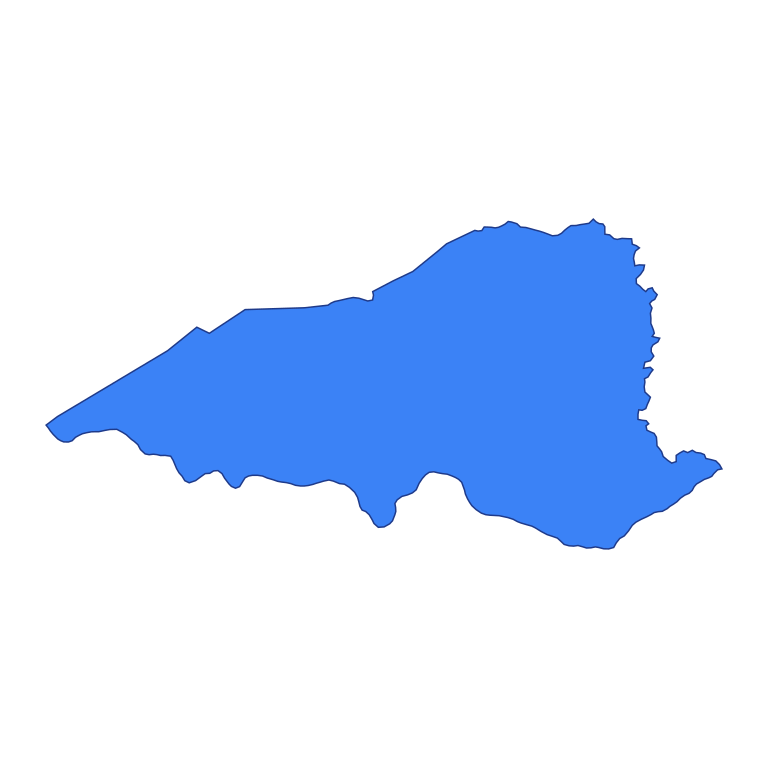 the district of Rafael Jambeiro, Bahia, Brazil
{"feature_id": "56859067B89791496420122", "entity_name": "Rafael Jambeiro", "entity_type": "district", "adm_level": 2, "iso_a3": "BRA", "parent_name": "Brazil", "parent_adm1": "Bahia", "projection": "mercator", "projection_center": [-39.536, -12.474], "detail": "fine", "context": "isolated", "style": "filled", "palette": "blue", "viewbox_px": 768, "rotation_deg": 0, "n_neighbors": 0, "source": "geoboundaries", "source_scale": "gbopen_adm2", "svg_char_len": 4039}
<svg xmlns="http://www.w3.org/2000/svg" viewBox="0 0 768 768"><path d="M721.9,468.9L719.5,464.6L715.8,460.9L710.9,459.6L705.9,458.5L704.3,454.6L700.7,453.1L696.0,452.5L692.3,450.3L687.7,452.6L683.6,450.9L679.9,452.9L676.2,455.4L676.2,461.6L671.7,463.1L667.8,460.4L663.2,456.5L661.6,451.7L659.5,448.8L657.0,445.8L656.8,441.9L656.4,437.1L654.1,433.4L650.7,432.0L646.9,430.2L646.0,425.8L648.7,423.8L646.2,420.7L642.4,420.3L638.0,419.4L638.0,414.2L638.8,409.8L642.1,410.3L645.8,408.6L647.4,404.3L648.8,401.3L650.4,397.2L644.9,392.0L644.2,386.8L644.9,382.1L644.5,378.7L648.0,377.0L650.8,372.5L653.0,369.8L650.3,367.3L643.5,368.3L644.9,362.2L650.4,360.7L653.8,356.1L651.2,351.8L651.3,347.8L653.0,344.9L657.9,341.8L659.7,338.2L655.4,337.3L652.2,336.4L654.3,333.3L653.4,329.9L652.1,326.5L650.8,323.4L650.9,318.2L650.4,313.2L652.0,308.0L649.6,303.6L651.8,301.0L654.7,299.4L657.2,294.7L653.8,291.1L652.2,287.8L648.1,288.9L645.8,291.6L642.8,289.3L639.9,286.2L636.4,283.6L636.2,278.6L640.5,274.4L643.5,270.0L644.5,265.1L639.3,264.9L634.8,265.8L634.3,262.2L633.5,258.5L634.1,254.7L635.5,251.0L639.4,247.9L636.4,245.7L632.3,244.2L631.6,238.8L627.9,238.7L622.0,238.4L617.3,239.4L613.9,238.7L609.7,234.9L604.9,234.2L604.8,230.4L604.8,226.7L602.9,224.0L599.1,223.6L596.0,221.8L593.3,219.1L589.0,223.3L584.7,224.0L580.5,224.6L576.2,225.5L571.0,225.6L568.1,227.5L564.7,230.2L561.5,233.3L557.8,235.3L552.4,235.8L547.7,234.0L543.4,232.4L539.3,231.1L535.0,230.0L531.1,228.9L525.9,227.5L520.5,227.1L516.9,223.7L511.4,222.0L508.2,221.5L505.1,224.1L501.5,226.0L498.5,227.3L495.1,227.9L491.6,227.3L487.6,227.1L484.2,227.0L481.8,230.6L478.1,231.1L474.8,230.4L446.6,243.8L437.7,251.3L412.8,271.5L393.1,280.9L372.7,291.6L373.5,295.2L372.6,300.0L367.8,301.0L363.4,299.6L358.9,298.2L353.2,297.5L347.5,298.6L342.4,299.8L338.5,300.7L334.6,301.5L331.0,303.1L328.0,305.2L304.2,307.8L245.1,309.6L209.3,333.3L196.8,327.2L167.6,350.7L57.4,416.6L46.1,425.1L48.4,428.0L50.4,431.0L53.2,434.4L57.8,439.0L60.7,440.7L63.7,441.9L68.4,442.0L72.2,440.7L75.5,437.3L79.1,435.3L82.5,433.7L86.6,432.7L91.5,431.8L95.5,431.7L98.8,431.7L105.4,430.3L109.9,429.5L116.8,429.3L122.6,432.4L126.3,434.7L131.3,439.3L134.1,441.3L137.9,444.7L140.5,449.6L145.1,453.9L149.1,454.7L153.3,454.2L156.9,454.6L160.6,455.5L165.1,455.4L170.7,456.2L173.1,460.2L176.6,468.6L179.1,472.9L182.1,476.2L184.8,480.7L189.2,482.8L195.6,480.6L201.3,476.4L205.2,473.6L209.8,473.3L213.6,470.9L218.0,470.6L222.0,473.6L224.6,478.2L229.0,484.0L231.4,486.4L235.5,488.2L239.6,486.6L243.0,481.1L245.1,477.8L248.6,476.0L252.4,475.3L257.5,475.3L262.5,476.0L267.2,478.0L273.3,479.8L277.6,481.3L281.3,482.0L286.3,482.6L290.8,483.6L295.5,485.3L300.6,486.0L304.1,486.0L308.2,485.5L312.9,484.4L316.1,483.3L319.7,482.3L323.7,481.1L328.9,480.0L333.4,481.1L339.5,483.6L344.5,484.2L349.5,487.4L354.7,492.3L357.6,497.4L358.8,501.7L360.0,506.5L362.1,510.1L365.7,511.5L369.2,514.7L372.2,519.8L374.0,523.5L378.3,527.3L384.1,526.9L389.7,523.8L392.5,520.8L394.8,514.9L395.8,511.5L395.6,507.4L394.9,503.5L397.2,499.8L401.9,496.4L407.5,494.9L412.4,492.9L416.2,489.8L419.1,483.3L422.3,478.5L425.5,474.9L429.2,472.3L433.8,471.8L438.0,472.8L442.3,473.6L447.3,474.2L452.1,476.0L455.5,477.5L458.6,479.3L461.7,482.3L464.5,490.0L465.4,494.0L467.6,498.9L469.7,502.5L471.9,505.7L476.1,509.6L481.3,513.1L485.8,514.7L489.8,515.2L495.3,515.5L499.2,515.7L504.3,516.8L508.0,517.6L513.2,519.3L517.4,521.6L521.0,523.0L527.1,524.8L531.8,526.1L535.2,527.8L541.2,531.5L547.1,534.6L551.7,536.1L557.4,538.1L560.7,541.1L564.1,544.4L569.1,545.8L573.7,546.1L578.0,545.5L582.7,546.8L586.5,548.0L591.0,547.8L595.4,546.9L598.7,547.5L603.7,548.8L608.7,548.9L613.7,547.5L616.3,542.8L619.7,538.5L624.3,535.9L628.6,530.8L632.3,525.3L635.9,522.2L641.2,519.3L647.1,516.6L651.3,514.4L654.1,512.6L658.1,511.7L662.3,511.3L667.3,508.6L669.8,506.4L673.4,504.2L677.0,501.7L680.4,498.2L684.7,495.2L689.1,493.3L692.2,490.4L694.2,486.6L696.5,484.0L700.3,481.8L704.3,479.4L708.8,477.8L711.8,476.3L713.8,473.6L717.6,469.8L721.9,468.9Z" fill="#3b82f6" stroke="#1e3a8a" stroke-width="1.5"/></svg>